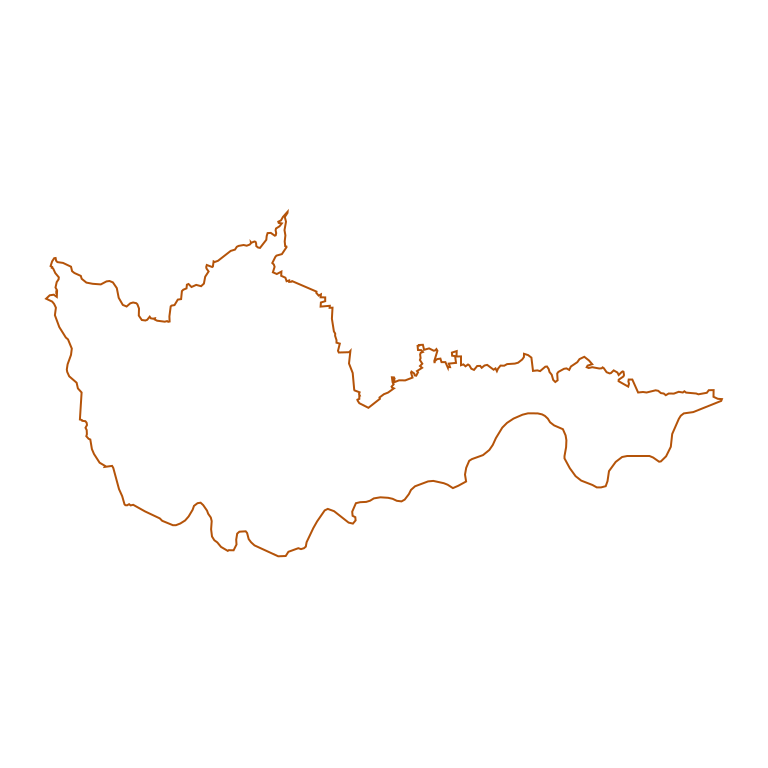 Apazapan, Veracruz, Mexico (Robinson projection)
{"feature_id": "50627088B67463100581546", "entity_name": "Apazapan", "entity_type": "district", "adm_level": 2, "iso_a3": "MEX", "parent_name": "Mexico", "parent_adm1": "Veracruz", "projection": "robinson", "projection_center": [-96.664, 19.343], "detail": "fine", "context": "isolated", "style": "outline", "palette": "amber", "viewbox_px": 768, "rotation_deg": 0, "n_neighbors": 0, "source": "geoboundaries", "source_scale": "gbopen_adm2", "svg_char_len": 6066}
<svg xmlns="http://www.w3.org/2000/svg" viewBox="0 0 768 768"><path d="M713.6,390.1L708.8,390.2L706.8,392.8L698.4,394.3L696.2,393.5L686.1,392.6L684.4,391.3L682.8,392.5L678.7,391.8L673.9,393.6L668.7,393.5L665.8,395.2L663.7,393.5L660.9,393.1L658.2,390.8L655.6,390.3L646.6,392.5L643.0,392.0L638.1,392.5L632.3,379.5L628.7,379.5L628.4,381.5L629.0,383.7L628.2,386.6L618.6,381.2L618.7,379.7L623.4,376.5L624.0,375.1L623.5,371.8L622.8,371.4L621.8,371.9L618.7,375.0L617.4,372.5L613.7,370.4L610.9,373.1L609.6,373.4L606.6,372.2L603.8,368.2L602.6,367.4L601.7,368.3L599.3,368.5L592.2,367.2L588.7,368.0L586.7,367.2L587.6,365.6L592.2,364.2L589.0,360.5L584.3,356.8L579.5,359.1L577.3,362.2L570.9,366.5L569.2,369.9L566.5,368.4L564.0,368.8L558.4,371.9L557.2,373.5L557.6,380.3L555.3,382.0L553.2,379.9L551.7,374.7L549.5,372.0L548.7,369.1L547.0,366.5L545.3,366.7L540.1,371.1L537.3,370.4L533.0,370.9L531.4,357.6L528.1,355.1L524.0,353.8L523.9,357.1L522.2,359.5L518.1,362.7L514.8,363.6L507.1,364.1L504.2,365.7L500.5,365.6L498.0,368.7L496.9,371.2L495.5,368.4L493.6,369.7L487.2,364.9L484.5,365.5L481.7,367.8L480.2,365.9L477.2,366.0L474.0,369.9L471.3,368.7L469.4,365.4L468.0,364.5L465.5,366.3L463.4,364.4L461.0,365.2L461.0,356.4L456.5,356.5L456.7,351.1L451.9,352.6L452.1,355.7L455.1,356.1L456.0,362.9L448.8,363.6L450.0,367.1L448.0,367.0L447.9,367.8L445.4,362.1L441.5,362.1L440.4,358.6L437.2,359.1L434.8,361.1L434.6,363.1L434.3,361.0L437.4,350.8L436.4,349.1L435.2,350.4L433.7,350.7L429.1,348.4L424.1,349.8L422.9,344.8L419.0,345.0L419.1,345.6L417.6,345.9L418.0,350.0L421.4,350.2L422.9,352.0L420.7,352.8L420.1,354.5L420.6,358.1L419.9,360.0L422.3,363.7L420.0,366.0L422.1,367.8L417.0,371.1L418.0,372.3L416.2,375.7L414.7,375.4L414.2,373.5L411.5,371.6L411.0,372.6L412.5,377.6L405.2,380.4L399.1,380.3L394.6,382.1L394.1,378.7L394.5,378.5L394.0,377.4L391.9,377.3L392.6,382.3L393.6,384.4L391.6,386.6L392.1,387.6L393.9,388.4L388.0,392.6L383.9,394.2L379.5,397.5L379.9,398.8L368.4,407.8L359.3,403.2L357.6,400.6L357.4,399.7L359.3,398.9L359.3,395.7L359.8,395.6L359.0,394.0L359.6,392.3L354.5,390.4L354.2,389.6L352.7,373.0L349.0,363.5L350.4,350.9L349.2,352.2L338.8,352.5L338.0,350.8L339.8,343.6L336.5,342.7L336.5,340.1L335.1,335.8L335.2,333.6L333.9,331.4L331.9,318.7L332.5,307.7L329.6,307.8L329.8,305.8L320.6,306.6L320.9,302.5L325.2,301.2L325.2,297.4L320.6,297.3L320.9,294.4L318.7,295.6L316.3,292.9L316.5,291.6L292.1,281.1L291.6,281.7L289.2,281.9L289.2,280.4L286.6,281.2L285.4,277.7L281.2,275.8L281.4,271.6L276.8,274.0L272.9,272.3L274.6,266.8L273.8,264.5L272.3,263.0L275.4,256.8L276.5,255.6L281.9,254.1L286.5,247.2L286.4,246.5L285.2,246.2L284.7,241.4L285.4,235.4L284.5,230.1L286.0,221.7L284.8,217.0L287.5,212.9L287.6,211.7L282.9,217.0L281.0,220.4L278.3,221.7L278.7,222.9L281.8,223.4L279.5,226.3L276.0,228.5L275.6,230.3L276.2,233.1L275.7,235.3L274.8,235.7L270.8,232.9L267.6,233.1L266.7,236.0L266.3,239.8L260.0,247.9L258.0,247.5L256.3,246.1L256.1,243.3L255.5,241.8L254.4,241.5L251.3,242.8L250.9,242.3L251.0,243.2L249.7,244.6L246.7,245.7L243.6,245.0L238.6,245.9L236.8,246.8L235.0,249.6L230.7,250.9L218.0,260.8L214.7,262.0L213.6,261.4L212.9,266.5L212.2,267.0L206.8,265.0L206.2,267.0L206.5,268.5L208.6,271.5L205.2,276.7L203.9,283.6L201.1,286.2L196.2,284.9L191.5,287.0L188.5,284.0L186.9,284.7L186.5,288.4L183.3,289.7L181.9,291.1L181.1,299.1L177.8,299.6L174.5,305.1L171.6,305.6L170.7,306.4L169.4,316.4L169.6,321.5L168.2,321.8L167.1,321.1L164.8,321.7L157.1,320.7L154.7,319.5L155.0,318.3L153.0,318.7L150.8,318.3L149.7,316.7L147.2,319.8L145.4,320.5L141.8,320.0L138.8,315.6L139.0,308.5L137.4,304.3L136.3,303.2L133.1,302.5L130.3,303.3L126.6,306.5L122.8,304.9L118.7,297.8L116.8,288.1L112.9,282.4L109.5,281.0L106.5,281.4L100.8,284.4L92.7,283.8L86.4,282.6L81.7,278.8L80.8,275.9L74.4,273.0L72.1,271.2L71.0,266.7L63.0,262.9L57.4,262.1L56.1,260.7L55.6,258.0L54.2,258.2L52.1,261.4L50.6,266.1L52.1,266.9L51.8,267.8L53.1,268.4L55.3,273.1L58.8,277.3L58.6,279.3L56.7,282.1L55.5,287.5L57.0,290.2L56.3,291.1L56.3,292.6L57.0,292.3L56.8,296.9L53.8,294.7L49.7,295.3L46.1,298.7L52.2,301.6L54.1,303.9L55.9,307.7L54.9,315.2L59.3,327.1L65.8,337.5L68.0,339.4L71.8,348.6L71.0,354.9L67.6,364.3L66.8,369.5L67.2,371.9L69.2,376.3L76.6,382.7L77.9,388.4L81.6,392.5L79.9,419.5L81.8,420.0L82.2,420.8L85.4,421.2L86.6,422.7L87.0,425.0L85.5,427.8L86.7,430.1L86.9,434.2L86.3,436.2L88.6,438.8L90.3,439.5L91.9,449.1L94.0,454.0L99.6,462.7L105.2,466.0L104.7,466.9L112.1,465.9L113.3,468.0L119.0,489.1L122.2,496.2L124.5,504.3L125.4,505.2L127.1,505.3L129.1,504.2L130.6,505.4L133.2,504.8L145.0,511.4L159.8,518.4L162.2,520.8L172.9,525.2L175.9,525.2L180.3,523.5L185.1,520.5L188.6,516.5L192.6,509.8L194.0,505.9L197.5,503.2L200.6,502.7L203.2,505.1L207.0,510.6L208.2,513.8L210.8,517.5L211.7,521.1L211.1,529.3L212.0,536.5L214.3,540.2L217.3,542.4L221.0,546.9L227.8,550.9L228.6,550.2L233.6,550.3L236.5,544.5L236.2,539.7L237.2,533.6L239.4,531.7L245.7,531.3L247.1,533.0L248.7,539.1L251.1,542.3L254.5,545.4L278.2,556.3L285.7,556.0L288.4,551.8L298.3,548.2L301.0,549.1L304.0,548.2L305.8,546.6L306.6,542.2L313.3,528.1L317.1,521.4L324.7,510.4L327.8,508.9L334.1,511.2L348.6,522.6L352.9,523.6L355.6,520.4L355.3,517.2L352.6,515.8L352.2,511.7L355.9,503.2L360.1,502.2L366.2,501.9L370.1,500.7L373.8,498.4L380.4,497.3L388.1,497.8L392.6,498.8L396.8,500.8L401.5,501.4L404.7,499.6L408.9,494.1L411.0,489.9L415.0,486.3L428.1,481.4L433.3,480.9L443.8,483.2L447.6,484.7L452.9,488.1L458.2,485.8L466.1,481.5L465.0,474.6L466.2,467.8L469.2,460.8L471.9,459.1L483.0,455.1L489.3,450.0L492.8,444.9L495.9,438.1L502.3,427.6L507.0,422.9L513.5,418.6L522.5,414.7L528.1,413.3L537.7,413.4L542.1,414.4L544.9,415.9L547.8,418.6L550.1,422.3L554.1,425.4L562.9,429.2L565.6,435.4L566.4,440.3L566.1,447.2L564.5,456.1L564.5,458.4L569.8,468.2L575.6,476.2L581.2,480.6L592.5,485.0L596.8,487.4L601.0,487.4L605.7,486.2L607.5,481.2L609.0,471.1L615.7,461.9L622.1,457.0L627.2,456.0L649.5,456.0L653.1,457.5L659.1,461.7L660.9,461.4L666.1,456.3L670.8,446.8L672.2,434.0L678.8,418.9L680.8,415.7L683.8,413.4L693.2,412.1L721.2,400.9L721.9,399.1L717.8,398.8L713.5,396.8L713.6,390.1Z" fill="none" stroke="#b45309" stroke-width="2"/></svg>